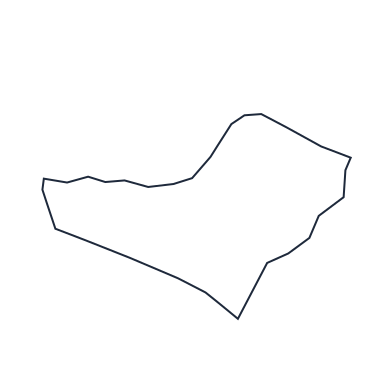 Älvkarleby, Uppsala, Sweden (Natural Earth projection), rotated 203°
{"feature_id": "70781695B87799416140928", "entity_name": "Älvkarleby", "entity_type": "district", "adm_level": 2, "iso_a3": "SWE", "parent_name": "Sweden", "parent_adm1": "Uppsala", "projection": "natural_earth1", "projection_center": [17.456, 60.577], "detail": "fine", "context": "isolated", "style": "outline", "palette": "slate", "viewbox_px": 384, "rotation_deg": 203, "n_neighbors": 0, "source": "geoboundaries", "source_scale": "gbopen_adm2", "svg_char_len": 551}
<svg xmlns="http://www.w3.org/2000/svg" viewBox="0 0 384 384"><g transform="rotate(203 192 192)"><path d="M59.3,285.6L90.9,284.4L130.9,288.5L158.7,290.8L173.7,283.1L182.3,269.9L186.5,245.0L188.7,231.5L197.3,204.8L212.2,192.1L234.3,179.5L258.6,176.3L275.7,167.3L293.6,165.5L310.7,151.9L333.6,146.4L330.6,135.7L321.6,125.4L303.4,104.8L272.6,105.9L223.7,107.1L171.1,107.1L140.3,104.8L124.0,100.2L100.5,93.3L100.2,93.2L95.1,156.1L79.4,173.0L66.0,195.6L66.0,219.6L50.4,246.5L59.3,272.0L59.3,285.6Z" fill="none" stroke="#1e293b" stroke-width="2"/></g></svg>